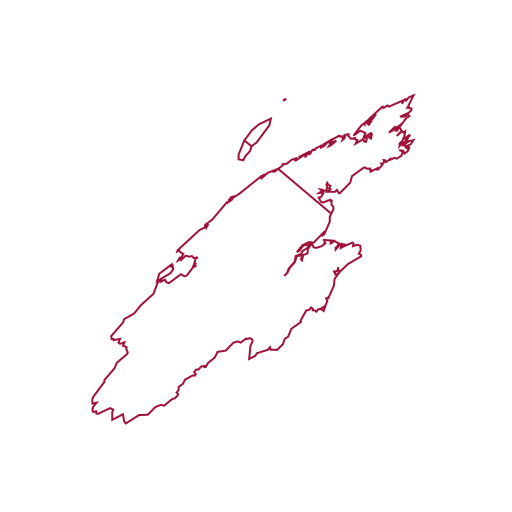 the border of Chukchi Autonomous Okrug, rotated 312°
{"feature_id": "RUS-2321", "entity_name": "Chukchi Autonomous Okrug", "entity_type": "Autonomous Province", "adm_level": 1, "iso_a3": "RUS", "parent_name": "Russia", "parent_adm1": "", "projection": "natural_earth1", "projection_center": [175.436, 66.707], "detail": "fine", "context": "isolated", "style": "outline", "palette": "rose", "viewbox_px": 512, "rotation_deg": 312, "n_neighbors": 0, "source": "natural_earth", "source_scale": "10m", "svg_char_len": 6136}
<svg xmlns="http://www.w3.org/2000/svg" viewBox="0 0 512 512"><g transform="rotate(312 256 256)"><path d="M99.5,202.0L117.5,201.7L121.0,200.3L131.6,203.9L142.9,203.4L159.2,205.1L171.6,200.3L175.4,201.4L173.2,202.4L177.5,204.3L176.5,207.1L177.7,209.5L192.2,212.4L193.1,216.5L195.4,217.6L205.2,216.8L208.9,218.1L206.6,216.1L209.1,215.2L210.3,216.9L209.7,214.8L213.8,212.8L214.8,213.3L216.3,213.0L214.5,212.8L212.8,210.8L213.1,208.5L210.9,206.9L209.1,203.5L203.2,203.1L204.2,201.8L209.0,200.5L208.2,197.4L208.8,194.8L206.8,194.4L207.8,193.9L237.7,196.7L244.5,199.5L244.0,200.1L247.8,199.2L243.6,198.3L245.1,197.4L253.8,199.1L277.7,198.4L275.2,198.9L281.5,200.4L283.7,199.5L278.6,198.4L283.2,198.2L285.2,199.5L284.8,200.3L291.4,202.0L318.9,206.5L322.9,208.1L317.4,207.1L317.3,208.2L325.5,209.0L335.1,213.8L329.5,211.8L331.4,213.5L335.6,214.1L337.8,283.6L334.7,284.5L330.6,288.0L317.8,292.2L316.8,291.9L320.5,290.6L304.7,289.9L301.3,287.8L302.8,287.5L301.9,286.1L295.0,283.3L286.2,283.8L289.5,284.8L295.3,284.0L300.1,288.0L296.5,288.9L290.6,287.2L288.0,288.2L282.5,285.5L277.9,288.5L268.5,288.8L264.4,290.4L260.1,290.4L264.7,290.6L269.4,289.1L277.9,288.9L283.0,286.3L287.8,290.1L283.9,291.5L283.5,292.2L283.5,293.1L288.3,290.4L292.3,292.6L295.7,290.0L302.8,289.0L301.0,293.0L302.3,295.3L307.4,298.3L312.7,299.2L311.1,298.3L314.0,296.5L312.8,294.9L318.4,302.3L316.9,301.7L315.5,302.9L317.1,303.2L315.5,303.4L319.2,303.9L319.2,302.9L321.0,309.8L318.8,308.8L320.6,310.1L315.3,309.7L314.1,310.9L320.3,310.8L320.5,312.5L318.7,313.7L320.2,314.2L322.2,313.3L320.9,311.4L321.2,310.3L324.6,315.3L322.3,313.8L321.8,314.8L330.4,318.6L330.6,320.0L328.2,321.5L332.0,323.6L333.4,326.6L330.3,330.0L326.5,330.9L327.1,333.3L326.0,334.3L311.4,329.7L300.7,328.9L300.8,325.9L302.8,324.6L299.0,326.6L296.1,323.6L296.9,325.5L295.3,327.2L297.0,328.9L300.1,328.8L291.5,329.8L286.0,333.8L272.1,338.3L273.4,337.4L271.4,336.5L270.2,339.2L264.4,341.2L264.9,340.7L262.0,339.9L263.8,341.7L260.4,343.1L260.1,339.9L258.1,337.9L255.0,338.2L255.0,336.2L253.6,334.5L254.8,333.4L254.6,331.4L251.7,331.5L249.0,329.8L237.8,332.4L237.1,333.5L225.7,331.0L217.5,333.9L213.7,332.8L208.5,335.0L200.3,334.5L196.2,329.6L197.6,327.4L194.3,327.6L184.3,321.7L181.4,322.3L174.9,319.8L185.8,311.8L189.9,310.8L191.5,309.2L190.8,306.3L188.4,305.2L188.2,303.9L181.3,302.5L180.3,299.6L176.4,297.2L165.4,296.8L159.0,291.6L152.9,293.3L144.4,291.9L139.8,292.9L139.1,292.2L140.1,291.7L137.4,289.3L132.8,289.1L131.6,287.5L128.3,287.7L128.0,290.3L126.0,290.5L125.0,288.9L116.6,286.0L112.1,287.2L107.0,286.1L104.7,288.1L101.4,288.4L101.3,290.4L100.2,291.1L95.9,290.9L93.5,289.4L83.2,287.9L81.8,284.9L76.3,282.3L65.7,281.8L59.5,275.5L44.4,271.3L44.9,268.7L49.3,263.0L38.1,258.8L43.6,253.8L46.3,252.7L45.3,249.3L33.0,244.2L32.1,242.8L33.7,241.2L31.2,239.4L32.1,237.4L34.8,235.9L40.4,235.7L36.9,233.2L40.1,230.1L42.4,229.3L61.1,227.6L62.2,226.4L77.8,226.0L83.6,224.0L96.7,225.8L98.7,225.1L99.7,222.4L101.7,220.7L100.3,217.2L103.8,216.0L99.8,213.7L99.6,211.8L103.4,210.4L98.2,206.5L98.9,205.7L97.7,204.4L99.5,202.0ZM335.6,214.1L341.3,215.3L342.1,214.4L344.9,217.0L351.4,218.1L356.4,220.9L353.1,219.4L353.5,221.7L362.8,224.0L363.8,225.3L362.2,226.7L367.1,225.2L357.9,221.5L370.1,226.2L366.4,226.7L368.2,227.9L372.2,227.0L374.5,227.8L373.3,227.6L373.9,228.8L375.9,228.4L383.0,231.1L380.7,230.6L379.9,231.7L383.4,233.1L387.9,233.0L383.4,231.2L391.9,233.9L389.3,234.7L390.0,236.1L386.3,236.7L388.2,237.5L395.4,238.5L390.8,236.1L393.3,234.6L401.1,237.3L400.8,238.2L403.1,240.1L401.7,239.5L402.6,241.3L400.0,242.6L402.9,243.0L405.4,241.4L403.8,240.4L407.7,242.5L408.4,243.6L407.0,244.1L406.7,248.3L409.7,250.5L408.8,250.8L410.0,253.7L406.2,254.9L413.8,257.3L414.4,258.3L413.5,259.6L414.6,260.8L413.7,261.8L417.6,259.7L417.0,258.4L419.6,258.4L421.0,260.7L419.8,261.4L420.2,262.9L422.9,261.3L421.5,260.8L424.1,260.2L424.2,259.0L416.1,256.7L420.6,254.9L418.9,249.7L410.7,247.9L423.9,246.9L426.7,247.7L426.5,248.5L427.5,247.6L431.9,248.2L429.1,248.1L431.0,249.0L428.9,249.3L429.0,252.1L431.9,251.7L429.9,250.6L431.9,249.1L432.3,250.2L436.1,250.9L441.8,250.2L432.4,248.6L433.1,248.3L450.6,249.9L451.7,250.2L451.1,251.1L452.0,252.0L455.9,253.0L455.9,254.8L470.0,261.2L466.8,262.6L471.6,261.6L474.1,263.4L470.9,263.5L476.2,263.5L480.8,265.6L467.7,269.3L469.0,269.9L468.4,271.1L469.7,272.7L468.4,273.9L464.4,273.6L455.9,269.8L458.9,273.0L462.9,274.1L462.4,276.4L459.3,275.4L448.5,276.3L452.5,275.8L445.2,275.0L445.9,274.3L444.3,273.6L444.6,272.8L436.7,272.2L443.4,274.3L444.5,276.4L443.0,276.3L443.6,277.0L447.6,276.1L446.7,280.4L439.5,280.3L446.5,280.9L446.3,283.0L448.4,283.4L445.2,285.7L439.2,287.7L435.9,287.4L433.7,289.1L438.7,288.4L439.5,289.6L435.5,291.0L438.3,291.2L436.7,292.8L438.8,291.8L443.8,292.8L447.4,295.5L442.3,296.2L438.0,294.0L436.2,294.6L439.4,295.0L439.1,297.1L437.3,296.8L437.7,298.1L435.2,298.6L431.5,297.8L432.7,294.8L430.4,291.7L431.4,293.7L431.1,295.8L427.6,296.9L422.6,295.5L421.7,293.3L417.3,291.3L417.8,290.8L412.9,289.8L413.6,288.1L412.7,286.7L411.8,288.3L409.4,288.5L408.5,287.3L408.1,289.0L402.2,288.9L401.5,288.5L402.7,287.6L395.6,284.8L396.9,284.1L396.3,283.2L397.3,282.2L395.1,280.1L394.6,277.5L392.7,276.7L379.5,273.9L373.6,276.9L359.0,276.3L358.0,275.4L359.3,272.0L356.5,271.7L351.4,265.9L355.5,266.6L355.5,265.0L358.0,264.3L357.3,262.0L358.1,260.0L356.4,260.4L354.0,263.8L351.3,264.0L349.3,262.5L349.8,261.3L348.6,259.4L348.6,261.6L345.0,260.7L348.0,263.6L347.5,264.2L343.1,264.8L341.4,263.5L339.7,267.8L340.6,270.1L347.5,273.5L346.9,274.5L347.8,275.2L344.6,277.7L344.3,280.6L342.4,282.3L337.8,283.6L335.6,214.1ZM334.2,170.0L346.3,168.9L355.3,169.9L368.1,175.1L361.9,178.5L341.1,180.5L334.5,179.3L334.2,170.0ZM334.5,179.3L330.1,181.3L323.0,181.3L318.6,182.5L316.2,178.3L319.9,175.1L334.2,170.0L334.5,179.3ZM193.7,199.0L193.2,200.5L191.4,200.5L191.8,202.2L190.7,203.4L185.9,203.9L171.1,199.3L178.1,196.0L193.7,199.0ZM443.5,287.9L449.4,289.3L441.2,290.5L443.5,287.9ZM200.5,201.1L204.8,200.3L202.4,201.8L200.5,201.1ZM443.5,291.3L443.0,292.2L440.0,291.6L440.4,291.1L443.5,291.3ZM392.1,172.7L392.0,173.2L389.5,172.1L392.1,172.7Z" fill="none" stroke="#9f1239" stroke-width="2"/></g></svg>